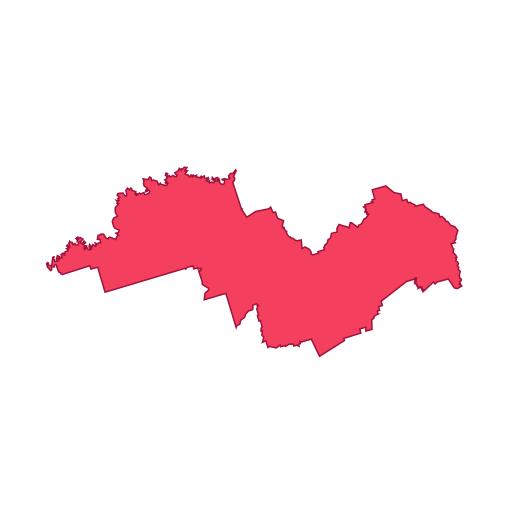 the district of Indigo, Victoria, Australia, rotated 335°
{"feature_id": "25037944B29539471298626", "entity_name": "Indigo", "entity_type": "district", "adm_level": 2, "iso_a3": "AUS", "parent_name": "Australia", "parent_adm1": "Victoria", "projection": "orthographic", "projection_center": [146.626, -36.209], "detail": "fine", "context": "isolated", "style": "filled", "palette": "rose", "viewbox_px": 512, "rotation_deg": 335, "n_neighbors": 0, "source": "geoboundaries", "source_scale": "gbopen_adm2", "svg_char_len": 6112}
<svg xmlns="http://www.w3.org/2000/svg" viewBox="0 0 512 512"><g transform="rotate(335 256 256)"><path d="M63.1,174.3L62.3,178.0L63.8,182.5L64.8,182.4L66.2,179.7L68.7,180.6L69.2,179.3L71.0,179.2L71.5,180.7L70.9,181.5L70.4,187.0L71.9,188.6L71.6,189.7L72.6,190.9L101.4,194.6L100.8,198.1L107.8,199.3L103.9,225.0L186.2,237.1L186.7,238.2L189.3,237.2L194.6,238.5L194.1,241.4L198.2,242.1L198.0,243.5L201.0,244.0L200.8,245.1L199.5,245.7L197.7,245.4L196.5,255.9L195.3,259.1L199.3,265.2L198.8,266.7L194.1,268.2L190.5,273.8L212.9,277.1L207.8,312.4L209.1,311.1L212.5,310.9L215.0,307.7L219.9,306.7L222.1,304.2L226.2,302.7L229.5,303.2L230.9,302.7L232.2,299.2L236.3,299.6L237.1,301.8L236.0,301.6L235.7,303.4L234.3,304.1L233.4,310.4L232.1,310.6L231.2,316.3L232.8,316.5L231.4,323.2L230.2,323.5L228.8,326.1L230.2,326.4L227.8,330.3L228.7,332.8L225.3,337.0L229.0,337.0L228.2,344.0L230.1,343.7L235.5,347.9L240.1,346.9L239.9,348.6L244.7,349.6L244.6,350.4L248.8,349.9L252.6,351.7L252.2,353.6L255.2,354.0L256.9,356.0L257.4,353.9L259.2,354.2L259.8,352.0L261.0,353.2L271.0,354.7L271.2,373.7L300.5,370.0L300.6,367.8L318.5,370.1L319.2,366.0L325.4,367.0L323.8,370.5L330.1,371.5L334.1,362.4L336.1,362.5L337.9,360.4L342.6,360.2L342.1,359.8L342.6,357.1L345.0,357.6L345.6,353.7L349.6,354.3L350.3,349.9L381.6,342.7L389.4,343.9L391.7,343.4L392.2,343.8L391.4,344.8L391.2,343.6L389.7,345.1L389.9,346.0L389.2,346.3L390.1,347.0L388.8,347.3L389.2,348.3L388.5,348.3L389.9,350.1L389.1,350.9L389.8,352.0L389.1,353.9L391.2,353.2L392.0,353.5L391.5,354.2L392.9,354.3L392.5,355.2L393.1,355.0L393.1,355.7L392.2,356.3L393.1,357.1L392.1,357.4L392.3,359.0L405.7,354.6L406.5,357.0L409.2,356.1L420.6,358.1L422.3,368.8L424.6,370.6L429.8,370.2L429.7,368.9L428.3,367.8L429.7,367.1L429.5,365.4L431.6,365.0L432.3,363.8L431.3,361.9L432.1,359.4L434.6,356.2L433.7,353.6L435.0,352.0L434.3,349.9L436.3,348.6L436.1,346.6L434.9,344.9L436.3,343.4L436.0,342.3L437.5,342.2L437.3,339.2L436.0,336.2L438.2,333.3L437.7,332.3L438.0,327.3L442.2,328.3L441.7,326.7L444.6,325.0L445.2,323.1L449.7,318.3L448.6,313.5L445.5,310.5L444.3,305.7L442.7,304.7L442.7,302.2L441.2,298.6L439.0,298.3L439.6,295.0L434.1,290.7L433.9,289.2L429.8,282.4L429.6,279.9L421.5,278.2L421.5,276.5L419.3,274.3L418.6,272.5L416.3,272.1L416.5,268.4L412.0,267.6L413.6,261.1L407.9,256.9L403.3,247.4L389.3,245.1L387.7,254.6L384.9,254.2L384.5,256.6L383.4,255.8L383.3,256.7L376.4,255.6L376.1,257.3L374.3,257.0L375.5,259.4L375.2,260.8L374.5,260.7L374.7,261.7L373.8,261.9L374.6,262.4L373.7,262.7L375.0,264.0L374.1,264.8L374.4,265.6L375.7,265.8L371.5,268.2L369.6,268.1L365.3,271.4L361.9,271.6L360.4,273.1L356.7,266.3L355.4,265.7L352.1,269.8L349.8,266.8L348.7,266.6L344.7,262.5L341.1,265.0L339.5,268.6L333.9,267.4L331.2,271.2L328.0,271.8L325.7,274.6L323.6,274.9L321.1,276.9L320.7,279.2L313.9,278.2L313.7,280.0L307.9,278.9L306.8,277.5L307.6,275.8L307.3,272.7L304.4,268.6L300.9,268.6L303.8,260.5L300.3,259.8L298.3,258.5L296.9,255.4L295.5,254.9L295.0,253.1L293.7,252.0L293.4,247.9L294.2,246.7L293.1,244.6L293.5,241.9L292.3,241.7L292.6,239.8L295.9,235.6L291.4,230.8L292.3,224.3L289.7,223.9L290.0,217.9L287.4,218.6L274.5,215.5L264.1,217.0L262.6,207.9L263.3,207.6L262.7,207.1L266.0,179.5L268.3,178.3L269.6,176.6L269.2,174.4L274.1,170.4L273.9,169.3L270.0,171.5L267.8,170.4L265.0,171.8L264.8,173.1L265.5,174.0L264.4,174.9L261.1,173.7L260.3,172.6L257.7,172.2L257.7,173.0L259.7,174.1L257.7,177.0L256.3,177.0L254.9,176.1L254.0,174.1L255.0,171.7L253.3,172.1L252.3,171.4L254.9,170.0L254.1,168.5L251.9,168.3L250.8,170.1L249.6,166.3L248.6,167.8L250.3,171.1L248.2,171.6L247.1,170.2L244.9,170.3L244.6,169.5L245.7,168.1L243.8,168.1L242.8,166.6L245.6,166.2L245.9,164.7L242.7,164.4L242.4,163.1L243.0,161.6L240.6,161.5L239.7,159.9L239.8,162.0L239.0,162.4L237.5,160.5L235.5,159.6L236.3,157.7L234.4,157.9L233.5,156.2L231.8,157.7L231.4,157.1L232.1,155.8L231.2,155.0L229.1,156.3L228.6,153.7L226.8,152.6L226.6,151.5L229.8,149.7L227.7,148.6L230.8,146.6L228.4,145.2L226.5,146.1L225.0,145.4L224.1,146.6L223.4,144.2L221.8,145.8L217.6,146.2L217.5,147.4L218.7,149.3L217.6,150.4L216.1,149.8L214.7,147.9L212.0,148.2L211.2,146.3L209.3,147.1L209.4,145.1L210.7,144.2L209.6,142.8L208.0,144.4L208.7,146.5L208.0,148.1L205.4,148.5L206.6,150.4L204.7,151.2L204.9,152.1L206.6,152.0L206.9,152.9L204.5,154.4L200.1,150.7L200.0,149.6L197.9,150.6L198.0,146.6L195.5,143.9L193.1,143.7L194.0,141.1L193.1,139.5L190.2,141.1L186.3,138.3L186.1,141.0L184.7,142.7L184.2,145.4L185.9,148.2L182.8,151.1L184.9,151.4L186.4,150.1L187.2,152.4L186.0,153.6L182.9,153.9L181.2,153.3L180.8,151.1L177.8,151.0L176.9,149.7L175.4,150.4L174.2,149.0L173.9,150.6L173.0,150.4L172.7,148.6L174.3,146.9L171.3,144.2L171.7,142.4L171.2,141.5L169.0,142.3L168.2,140.2L165.7,141.6L164.8,146.1L163.7,146.8L162.6,145.9L161.9,142.6L157.5,141.0L155.8,142.1L157.2,145.3L154.9,145.6L155.4,147.8L154.5,148.0L153.0,146.7L153.4,148.2L152.3,149.4L153.6,150.5L148.8,152.8L146.9,157.1L147.3,161.4L142.9,161.5L140.3,164.0L139.5,168.9L139.9,171.3L143.0,174.8L141.1,176.7L138.7,176.1L139.9,179.1L137.5,179.9L136.0,181.9L131.6,177.1L130.3,177.1L129.4,178.1L128.6,177.6L127.5,175.8L127.1,171.8L124.5,170.5L122.6,171.1L121.6,170.5L119.2,173.9L121.6,175.0L120.7,178.4L118.7,177.6L117.4,178.1L115.7,176.2L115.5,179.1L114.6,179.5L113.0,176.6L112.0,177.0L111.5,178.5L110.3,178.0L110.1,175.3L108.6,176.8L108.5,179.1L110.5,179.2L109.3,180.6L106.6,179.3L106.4,176.5L103.3,177.7L103.6,175.9L106.4,175.0L104.5,173.9L104.4,172.5L107.1,172.0L106.5,169.7L104.2,171.2L102.9,170.5L103.0,169.0L106.3,167.6L104.4,164.9L101.6,165.6L101.5,164.5L103.2,163.4L100.2,164.0L100.8,166.2L99.9,167.5L101.3,168.7L99.4,170.7L97.4,170.0L97.2,168.0L94.9,168.3L95.1,165.9L93.8,165.2L93.4,163.9L91.8,165.4L91.1,167.4L89.8,166.3L88.6,166.8L89.0,168.1L91.0,169.1L90.2,169.7L87.4,169.3L88.4,171.0L88.1,171.7L84.7,171.5L83.0,174.2L82.4,173.6L82.3,171.8L79.8,172.4L79.8,175.0L79.2,175.6L77.3,175.1L75.6,176.4L75.8,174.9L77.8,173.9L76.2,171.7L73.7,174.7L73.7,176.6L71.4,175.9L71.7,173.8L71.0,172.4L71.6,171.6L73.3,171.7L72.0,171.2L71.1,171.4L67.2,177.9L66.0,178.0L63.5,176.1L64.8,174.9L64.5,174.0L63.1,174.3Z" fill="#f43f5e" stroke="#9f1239" stroke-width="1.5"/></g></svg>